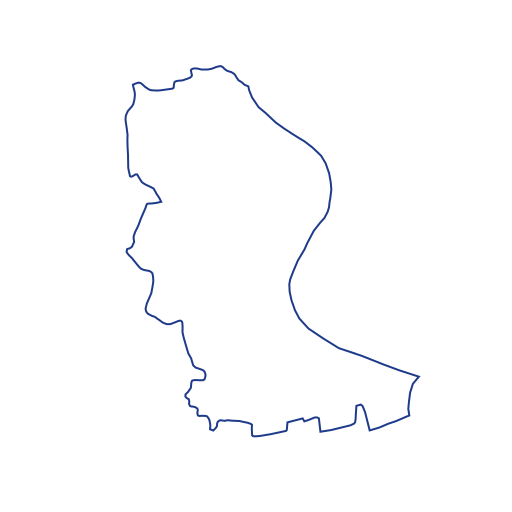 Quang Ngai, Quảng Ngãi, Vietnam (Robinson projection), rotated 74°
{"feature_id": "81297802B1045120286230", "entity_name": "Quang Ngai", "entity_type": "district", "adm_level": 2, "iso_a3": "VNM", "parent_name": "Vietnam", "parent_adm1": "Quảng Ngãi", "projection": "robinson", "projection_center": [108.808, 15.12], "detail": "fine", "context": "isolated", "style": "outline", "palette": "blue", "viewbox_px": 512, "rotation_deg": 74, "n_neighbors": 0, "source": "geoboundaries", "source_scale": "gbopen_adm2", "svg_char_len": 3648}
<svg xmlns="http://www.w3.org/2000/svg" viewBox="0 0 512 512"><g transform="rotate(74 256 256)"><path d="M90.8,216.6L88.3,219.8L84.7,222.1L82.3,224.4L79.0,225.5L76.1,226.2L74.3,227.3L72.3,229.2L71.2,231.0L69.7,233.0L68.4,234.1L66.9,235.0L65.5,235.7L63.8,237.4L63.4,239.4L63.4,242.6L63.6,244.4L63.8,246.9L63.5,250.5L62.8,253.4L61.7,257.0L59.6,260.8L58.6,263.8L58.6,265.7L59.0,266.8L59.3,267.3L60.5,267.5L62.7,267.7L64.3,267.7L65.2,268.1L66.0,269.3L66.5,270.7L66.7,273.6L66.8,276.2L66.9,276.9L66.9,278.4L66.0,283.2L66.0,285.4L66.4,286.4L67.9,287.3L69.9,288.2L71.5,288.7L72.1,290.0L71.7,293.1L71.3,295.9L70.6,301.0L69.8,305.2L67.9,310.7L66.8,312.6L62.9,316.0L60.2,317.6L58.1,319.1L57.0,320.9L57.0,323.7L57.4,327.1L59.8,327.3L64.3,327.4L65.1,327.5L67.8,328.0L72.2,329.8L76.2,332.1L77.9,333.9L81.3,339.2L85.1,342.4L88.7,343.8L91.7,344.3L97.9,345.1L104.2,346.1L109.2,347.7L115.8,349.4L123.3,351.1L130.4,353.0L136.0,354.5L139.1,354.8L144.5,355.1L145.1,354.6L145.3,354.0L145.4,352.9L145.0,351.6L144.4,349.5L144.9,347.7L148.3,346.9L153.1,345.5L154.3,344.8L156.7,342.7L160.9,337.9L163.0,335.8L166.5,335.0L169.1,334.4L173.3,333.0L177.8,332.2L177.5,336.9L176.8,341.7L176.0,344.6L175.9,346.3L176.5,346.9L177.5,347.8L179.4,349.0L188.4,356.4L194.4,360.8L199.8,365.7L203.4,368.2L205.9,368.9L208.8,369.2L212.9,372.7L213.8,375.0L213.8,377.9L216.3,379.3L218.2,378.8L221.0,377.5L223.7,375.9L231.8,372.5L234.9,371.1L236.8,369.8L238.5,367.6L239.5,365.7L241.0,362.6L242.9,360.9L243.1,360.9L244.1,360.4L246.0,360.5L248.8,360.9L252.4,361.8L257.3,364.1L262.9,366.9L271.7,374.1L276.3,376.7L279.0,376.9L281.5,376.0L283.4,374.1L285.0,372.4L286.6,370.0L289.3,368.0L289.5,367.7L294.4,363.9L295.8,362.0L296.9,360.6L297.5,358.6L297.9,356.7L297.6,354.3L297.4,351.3L297.1,349.3L297.1,347.2L297.6,346.0L298.9,345.2L300.3,345.3L303.5,346.0L309.2,347.7L314.7,348.0L322.5,348.0L331.1,347.9L336.8,346.5L338.5,346.6L343.6,346.5L343.8,346.5L346.6,344.8L348.8,341.6L350.4,339.4L351.5,338.1L353.2,337.3L354.5,337.2L356.5,337.3L358.3,338.1L360.4,339.5L360.8,341.1L359.9,344.5L358.9,347.2L358.2,350.1L358.2,351.7L359.4,352.8L362.0,353.9L364.7,354.9L368.0,358.9L369.6,361.9L371.4,362.6L372.8,362.2L374.0,361.3L375.1,360.1L377.3,360.2L379.7,361.1L381.9,360.8L382.8,359.7L383.6,357.6L384.9,355.7L386.5,354.4L388.4,354.5L390.7,355.7L393.2,355.8L394.1,354.7L394.8,351.6L395.8,348.6L396.7,347.2L398.8,346.4L401.1,346.0L405.9,346.5L409.9,347.9L410.0,347.7L412.0,345.2L410.0,341.7L408.7,340.4L406.2,339.5L404.9,338.5L404.1,336.7L404.2,335.1L405.0,333.4L405.8,331.5L406.0,328.7L407.7,324.4L410.1,317.3L412.3,313.3L414.0,310.0L415.9,307.3L417.1,306.4L420.7,307.6L427.4,309.2L428.3,308.5L428.9,307.3L429.5,304.8L430.1,301.6L431.3,291.4L432.2,278.3L432.4,275.3L431.8,274.4L424.6,271.6L425.0,255.9L428.3,255.1L428.1,250.6L427.4,244.1L428.1,241.6L429.4,240.3L442.7,242.5L444.0,231.9L444.6,217.0L444.8,211.8L444.1,207.9L443.2,206.6L440.0,205.1L435.8,203.7L427.7,200.8L427.7,196.2L429.7,194.9L436.1,194.2L455.0,194.8L454.9,184.7L453.7,175.2L453.3,166.7L451.9,155.9L451.6,152.6L444.8,151.7L438.4,149.2L429.8,145.5L422.1,140.4L416.9,132.7L405.3,149.9L395.6,163.1L381.1,181.9L367.4,201.8L353.8,214.1L351.3,216.2L340.3,225.5L328.0,231.6L318.8,233.5L314.7,233.7L308.6,234.1L299.6,233.5L292.4,231.8L287.9,229.6L281.3,224.6L272.0,217.1L264.2,208.8L263.4,207.9L257.9,203.3L247.6,193.4L241.6,185.0L238.3,179.7L233.1,174.8L229.3,172.4L224.4,170.4L221.0,168.7L213.0,165.3L206.0,163.9L196.7,162.9L186.1,163.5L177.5,165.8L167.3,171.8L158.8,178.1L155.2,181.5L148.9,187.2L141.5,193.6L135.1,198.7L133.2,200.2L121.1,207.4L113.6,212.5L102.5,216.1L94.6,216.9L90.8,216.6Z" fill="none" stroke="#1e3a8a" stroke-width="2"/></g></svg>